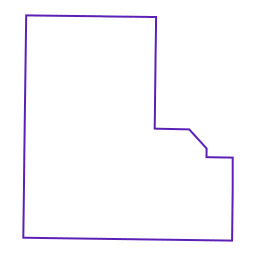 outline of Toay, La Pampa, Argentina
{"feature_id": "61730980B2132713179088", "entity_name": "Toay", "entity_type": "district", "adm_level": 2, "iso_a3": "ARG", "parent_name": "Argentina", "parent_adm1": "La Pampa", "projection": "equal_earth", "projection_center": [-64.55, -36.621], "detail": "fine", "context": "isolated", "style": "outline", "palette": "violet", "viewbox_px": 256, "rotation_deg": 0, "n_neighbors": 0, "source": "geoboundaries", "source_scale": "gbopen_adm2", "svg_char_len": 602}
<svg xmlns="http://www.w3.org/2000/svg" viewBox="0 0 256 256"><path d="M26.2,15.4L25.4,74.3L24.3,155.7L23.9,192.0L23.3,237.7L48.4,238.1L232.1,240.6L232.7,188.0L232.7,185.0L232.7,157.8L232.7,157.6L207.4,157.2L206.5,157.2L206.6,149.8L206.6,148.5L206.5,148.4L196.6,137.5L196.5,137.4L189.5,129.7L189.3,129.4L156.7,128.7L154.7,128.6L155.0,106.6L155.0,103.3L155.2,87.1L155.5,63.6L155.5,61.0L155.9,34.5L156.1,17.7L156.1,17.0L155.0,17.0L151.8,17.0L150.9,17.0L146.0,16.9L138.4,16.8L129.2,16.7L118.4,16.6L103.9,16.4L101.2,16.3L76.9,16.0L68.0,15.9L26.2,15.4Z" fill="none" stroke="#5b21b6" stroke-width="2"/></svg>